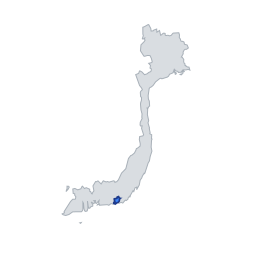 Bac Binh, Bình Thuận, Vietnam shown in context, rotated 31°
{"feature_id": "81297802B84889732636102", "entity_name": "Bac Binh", "entity_type": "district", "adm_level": 2, "iso_a3": "VNM", "parent_name": "Vietnam", "parent_adm1": "Bình Thuận", "projection": "equal_earth", "projection_center": [108.379, 11.264], "detail": "fine", "context": "in_parent", "style": "filled", "palette": "blue", "viewbox_px": 256, "rotation_deg": 31, "n_neighbors": 0, "source": "geoboundaries", "source_scale": "gbopen_adm2", "svg_char_len": 5171}
<svg xmlns="http://www.w3.org/2000/svg" viewBox="0 0 256 256"><g transform="rotate(31 128 128)"><path d="M151.2,46.5L149.5,46.7L147.6,48.5L145.2,49.7L144.6,53.0L142.5,54.5L141.6,53.8L139.5,54.5L137.4,53.8L138.1,57.6L135.9,60.6L136.1,62.6L135.5,64.1L131.7,68.4L130.6,68.4L129.8,69.1L127.9,74.2L127.6,78.5L126.8,80.9L126.0,81.9L125.8,83.2L128.6,89.9L130.5,92.6L132.4,94.0L135.2,98.0L134.8,99.1L135.0,101.3L133.6,100.7L133.8,100.9L135.4,102.1L137.7,106.5L141.9,111.0L142.5,113.3L146.5,117.0L146.5,117.5L149.3,120.5L149.6,121.7L151.8,121.6L153.7,125.1L154.3,125.1L154.6,126.6L157.7,132.5L160.4,135.5L161.7,141.0L163.3,145.2L163.3,147.6L165.7,157.9L165.5,159.2L165.1,157.9L165.1,161.8L165.5,163.8L165.3,166.4L167.0,171.1L167.2,176.4L166.0,174.1L164.8,175.7L165.7,179.5L164.6,179.1L164.7,184.2L165.2,185.9L165.1,186.6L164.6,185.2L164.1,187.6L164.6,189.3L163.8,191.1L162.8,191.2L162.2,195.0L160.4,195.3L159.1,197.1L157.5,197.7L154.4,201.0L152.4,201.5L151.4,204.1L149.7,204.4L143.3,208.9L142.5,207.8L141.4,207.4L140.5,205.0L139.8,208.9L139.3,209.1L138.3,208.4L137.4,206.9L136.1,207.9L137.5,208.2L137.9,209.2L137.7,210.4L134.5,210.4L137.4,211.9L138.0,213.1L136.6,214.9L136.6,216.3L135.9,216.9L134.3,215.7L130.9,211.5L135.0,217.5L135.7,220.1L134.7,221.3L133.5,221.4L131.6,219.6L128.6,215.4L127.5,214.8L131.1,220.8L131.6,222.2L131.2,223.8L123.8,228.3L121.9,232.6L119.6,235.1L117.1,235.8L115.8,235.6L117.2,233.4L116.3,232.6L116.6,220.7L117.3,217.5L119.4,216.3L119.4,215.6L118.7,213.8L117.0,213.1L116.2,211.8L114.7,212.3L112.1,208.7L113.6,207.2L116.8,206.9L118.9,204.4L118.7,201.7L118.9,201.3L121.9,202.3L122.9,200.7L126.7,200.2L127.8,202.0L128.7,201.7L130.5,203.0L131.2,203.0L130.9,201.2L131.2,199.5L127.8,195.7L127.8,190.6L128.6,190.4L129.5,188.8L133.8,189.8L134.0,186.0L137.1,185.5L137.9,184.5L139.7,184.1L142.8,180.7L144.1,180.5L144.8,181.4L146.0,179.8L146.5,177.3L145.7,170.0L147.1,164.0L144.1,153.9L144.5,150.3L145.4,149.1L146.4,146.2L146.2,143.0L145.8,141.4L146.6,140.2L147.7,137.3L146.7,135.3L143.6,132.0L142.4,129.3L144.8,127.1L144.9,125.8L139.8,121.3L139.0,118.9L137.7,119.8L136.8,119.2L135.6,116.9L135.2,112.5L134.4,111.8L132.7,108.6L129.8,105.8L126.4,101.1L125.8,99.7L125.3,97.5L124.0,95.0L122.6,94.5L120.3,91.3L120.0,90.0L120.6,87.8L119.0,86.7L116.0,85.6L107.1,78.3L109.0,75.7L108.5,73.3L108.7,72.9L111.2,72.8L114.7,73.8L116.4,71.8L117.2,69.6L118.4,68.0L118.4,67.0L117.6,65.3L116.0,65.3L115.1,62.8L112.4,61.9L114.2,60.2L114.8,58.9L112.3,56.4L109.6,54.6L107.3,55.8L105.4,57.9L104.6,58.2L98.9,55.4L96.3,50.0L97.4,45.6L97.4,44.0L96.3,43.2L96.0,42.2L95.1,44.1L94.3,44.1L93.5,40.8L92.5,40.0L88.8,34.0L89.9,32.7L91.8,29.3L92.5,28.7L96.3,31.0L97.9,33.0L99.6,31.7L99.6,30.9L101.6,28.4L103.4,31.0L104.8,28.2L108.2,31.7L108.7,31.0L109.4,28.6L110.4,28.0L111.1,27.8L112.0,29.2L112.8,29.3L114.5,27.9L116.2,27.6L117.3,26.4L117.7,23.7L118.1,23.2L122.5,20.2L124.2,21.7L125.4,24.1L126.9,24.7L128.5,26.2L129.8,26.0L130.2,25.5L131.8,25.5L133.2,27.1L136.0,26.4L138.5,28.3L137.7,30.3L136.4,31.2L136.0,32.2L136.1,34.5L137.1,36.0L137.2,39.7L137.9,39.4L140.5,40.5L141.5,42.4L142.7,43.5L143.7,43.6L144.6,45.0L145.4,44.6L145.8,45.2L147.7,45.0L148.9,44.4L151.2,46.5ZM108.1,209.0L108.2,211.5L107.6,214.4L106.9,211.2L105.7,209.3L107.2,208.5L108.1,209.0ZM147.2,50.7L145.7,52.5L145.1,52.5L145.9,49.9L147.2,50.7ZM141.1,57.5L140.6,57.5L139.8,56.3L140.3,55.7L141.2,56.2L141.4,56.7L141.1,57.5ZM146.4,54.9L145.8,55.2L145.0,55.2L146.7,53.3L146.4,54.9ZM138.6,54.8L139.2,56.7L138.3,55.8L138.6,54.8ZM142.5,208.2L141.3,209.8L141.2,209.1L142.5,208.2ZM136.5,234.1L135.6,234.1L136.6,233.1L136.5,234.1Z" fill="#d9dde1" stroke="#a8b0b8" stroke-width="1"/><path d="M157.6,192.3L157.4,192.4L157.4,192.5L157.2,192.5L157.2,192.4L156.9,192.2L156.7,192.2L156.6,192.3L156.4,192.3L156.2,192.4L156.0,192.2L155.9,192.2L155.9,192.3L155.7,192.3L155.6,192.2L155.6,192.3L155.5,192.5L155.4,192.5L155.2,192.5L155.3,192.4L155.2,192.3L155.2,192.2L155.1,192.3L155.0,192.2L154.9,192.1L154.8,192.3L154.7,192.3L154.4,192.5L154.4,192.8L154.2,192.9L154.2,193.0L154.3,193.2L154.3,193.3L154.4,193.5L154.5,193.5L154.5,193.4L154.6,193.5L154.8,193.8L154.7,194.0L154.5,194.3L154.4,194.4L154.3,194.5L154.2,194.7L154.0,194.8L153.9,194.9L153.8,195.0L153.7,195.1L153.6,195.3L153.4,195.5L153.2,195.5L152.9,195.7L152.8,195.8L152.7,195.8L152.7,195.7L152.6,195.8L152.6,196.0L152.9,196.3L153.1,196.4L153.3,196.5L153.5,196.9L153.5,197.0L153.8,197.1L154.1,197.2L154.3,197.3L154.5,197.6L154.8,197.9L154.7,197.9L154.7,198.0L154.7,198.3L154.7,198.5L154.4,198.6L154.2,198.6L154.2,198.9L154.2,199.0L154.2,199.5L154.3,199.7L154.5,199.7L154.5,199.8L154.6,200.0L154.8,200.1L155.0,200.0L155.2,199.9L155.3,199.9L155.3,199.7L155.5,199.5L155.8,199.5L156.0,199.6L156.0,199.4L156.3,199.3L156.5,199.4L156.6,199.2L156.7,198.9L156.7,198.7L156.8,198.6L156.8,198.4L156.9,198.1L156.9,197.8L156.9,197.7L157.0,197.6L157.3,197.5L157.5,197.3L157.6,197.2L157.7,196.9L157.8,196.8L157.8,196.7L158.0,196.5L158.0,196.4L158.1,196.2L158.0,195.9L158.1,195.6L158.2,195.4L158.2,195.1L158.1,194.8L158.1,194.7L157.9,194.5L157.7,194.4L157.5,194.2L157.6,193.9L157.6,193.3L157.5,193.0L157.6,192.8L157.5,192.5L157.6,192.3L157.6,192.3Z" fill="#3b82f6" stroke="#1e3a8a" stroke-width="1.5"/></g></svg>